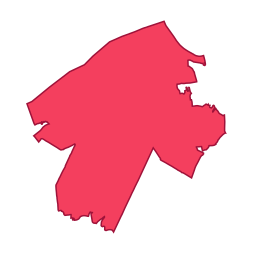 Milcov, Olt, Romania (Natural Earth projection), rotated 83°
{"feature_id": "2599482B38405500172940", "entity_name": "Milcov", "entity_type": "district", "adm_level": 2, "iso_a3": "ROU", "parent_name": "Romania", "parent_adm1": "Olt", "projection": "natural_earth1", "projection_center": [24.399, 44.373], "detail": "fine", "context": "isolated", "style": "filled", "palette": "rose", "viewbox_px": 256, "rotation_deg": 83, "n_neighbors": 0, "source": "geoboundaries", "source_scale": "gbopen_adm2", "svg_char_len": 5636}
<svg xmlns="http://www.w3.org/2000/svg" viewBox="0 0 256 256"><g transform="rotate(83 128 128)"><path d="M91.6,225.3L112.1,220.7L113.6,220.0L112.7,217.6L112.6,215.9L112.3,215.0L112.2,214.6L112.5,214.0L113.0,213.7L113.7,213.2L113.8,213.0L113.7,212.7L113.4,212.6L111.7,213.2L111.4,213.0L111.3,212.7L112.5,211.9L112.1,210.8L111.6,211.0L111.4,210.7L111.9,209.9L111.7,209.6L111.4,209.3L111.4,209.0L112.1,208.3L112.1,208.0L111.9,207.7L114.3,205.9L114.9,208.4L115.4,209.8L116.1,211.0L116.9,212.3L119.0,214.3L120.0,215.5L122.8,220.1L124.3,222.5L125.0,221.9L131.0,218.3L130.3,217.7L129.8,217.0L129.2,216.4L128.1,215.5L128.1,214.5L128.4,214.0L129.4,212.6L130.6,211.3L132.7,208.4L134.9,205.7L136.1,204.2L139.0,200.5L140.1,199.3L141.4,197.6L141.6,197.2L141.5,196.0L141.5,195.6L141.5,194.6L141.4,194.3L141.3,194.2L140.8,193.9L140.7,193.2L140.6,192.7L140.1,191.0L140.0,190.2L139.8,189.5L138.5,185.7L137.4,183.0L137.6,182.6L137.9,182.5L138.2,182.6L139.0,182.9L139.4,183.1L140.0,183.6L142.9,185.4L145.2,186.8L145.7,187.0L146.2,187.3L148.4,189.1L149.2,189.4L149.8,189.8L151.7,191.0L157.4,194.5L157.9,194.8L158.7,195.0L159.2,195.3L160.4,196.2L162.0,197.4L164.8,199.3L168.0,201.3L169.8,202.6L171.9,203.8L175.8,206.4L176.3,206.5L176.8,206.6L179.8,206.8L184.0,206.9L185.8,207.0L186.7,207.0L187.8,206.9L189.2,207.0L192.7,207.0L195.1,206.9L196.2,207.0L199.3,207.2L200.6,207.3L201.2,207.2L201.8,207.0L201.7,205.5L201.6,204.7L201.7,204.4L201.9,204.3L202.6,204.0L202.6,203.8L202.6,203.6L203.0,203.1L203.5,202.6L204.3,202.3L204.8,202.0L205.2,202.2L206.1,202.0L206.8,201.4L207.0,201.2L207.0,200.9L207.0,199.1L207.1,197.2L206.9,195.9L207.0,195.1L209.8,195.5L210.4,195.7L210.5,194.3L212.4,194.1L212.6,194.0L212.6,193.4L211.0,193.6L210.9,193.1L210.9,192.9L211.2,192.7L211.5,192.6L213.0,192.3L213.0,190.7L212.9,189.8L212.5,188.7L212.2,187.9L210.3,186.2L210.0,185.6L209.7,184.5L209.6,183.4L209.6,182.3L210.1,180.2L210.5,179.2L210.7,178.6L210.8,178.1L210.6,177.9L209.5,177.5L208.3,177.0L207.1,176.1L206.8,175.8L206.8,175.7L207.2,175.2L207.5,173.8L207.6,173.7L207.7,173.8L208.0,174.2L208.3,175.0L208.7,175.2L210.9,175.1L214.3,174.9L215.4,174.9L216.6,174.8L217.0,174.7L217.6,174.3L218.0,173.9L218.3,173.3L218.5,171.8L218.7,171.6L218.9,171.2L218.5,170.7L217.8,170.0L217.3,169.5L216.4,168.1L216.1,167.5L215.6,166.8L215.4,166.6L215.3,166.2L214.9,165.3L214.7,164.8L213.6,163.3L213.1,162.2L213.6,162.2L213.9,162.4L215.4,163.9L216.5,164.8L217.3,165.4L218.0,165.8L219.3,166.1L220.2,166.3L221.3,166.5L221.7,166.5L222.1,166.2L222.4,166.0L222.7,165.5L222.8,165.3L222.8,165.1L222.6,164.5L222.6,164.1L222.7,163.7L223.0,163.3L223.5,163.2L223.8,163.2L225.9,163.5L226.2,163.5L226.3,163.4L226.8,163.0L226.9,162.7L227.0,162.3L227.0,161.8L226.7,160.6L226.6,159.4L226.7,158.2L227.1,156.6L227.2,156.4L227.5,156.2L228.2,155.7L228.8,155.3L229.5,155.0L214.5,145.5L213.1,144.5L207.1,140.9L199.7,136.2L196.3,134.0L193.0,132.0L190.2,130.1L187.1,128.2L184.4,126.4L183.3,125.7L181.4,124.4L150.8,105.4L154.7,103.3L160.4,100.5L162.2,99.5L163.0,99.7L163.6,99.5L163.9,99.3L166.3,95.9L169.7,91.4L171.6,88.8L172.3,88.0L175.2,84.3L175.9,83.6L176.1,83.3L176.6,82.5L177.2,81.7L177.7,80.9L178.0,80.7L178.7,80.2L179.0,79.6L179.1,78.9L185.3,71.0L178.1,67.4L175.7,66.3L173.8,65.2L169.7,62.3L168.3,61.4L165.4,59.4L164.6,58.6L164.2,58.0L164.0,57.3L163.7,56.9L162.8,56.3L162.8,56.2L162.1,56.1L160.8,58.0L158.4,61.7L157.0,61.9L155.8,62.4L155.1,62.4L155.4,57.3L159.5,56.9L159.8,56.6L159.2,55.0L159.1,54.6L159.1,54.3L159.2,53.2L158.8,52.6L157.9,51.4L156.7,50.3L156.3,50.0L155.4,49.7L155.7,46.9L155.7,45.5L155.5,44.2L155.3,43.8L154.9,42.8L154.4,43.0L153.0,41.4L151.8,40.5L151.3,40.3L151.1,40.1L150.9,40.1L150.7,39.9L149.6,38.6L148.9,38.2L146.4,35.0L145.9,34.3L145.1,32.8L144.8,32.2L144.9,31.8L143.0,32.4L142.8,32.5L139.7,32.1L133.7,31.2L126.8,30.7L126.8,31.0L127.2,31.8L127.3,32.0L127.2,32.5L126.4,33.2L126.1,33.6L125.5,34.6L124.7,35.5L123.9,36.1L123.5,36.2L123.2,36.3L122.1,36.8L121.0,37.6L120.6,38.0L120.2,38.2L119.3,38.4L119.1,38.6L119.2,38.8L119.3,39.0L120.0,39.3L120.6,39.9L120.8,40.2L120.9,40.5L121.5,40.8L121.8,41.1L122.3,41.6L122.4,41.8L122.0,41.9L121.7,41.9L121.4,41.7L120.4,41.0L119.0,39.8L118.3,39.4L116.8,39.6L116.4,39.8L116.1,40.0L115.9,40.3L115.9,40.5L116.0,40.7L116.2,41.0L117.7,42.0L118.2,42.7L117.9,43.6L117.8,43.9L117.6,44.1L117.4,44.3L116.8,44.4L116.6,44.4L116.0,44.1L115.5,43.9L115.2,45.4L114.3,45.5L114.6,45.8L114.7,46.1L114.6,46.3L114.3,46.9L113.9,47.3L113.9,47.5L113.9,47.9L114.1,48.3L114.4,48.6L114.6,49.0L115.0,50.0L115.4,50.6L115.8,51.3L115.9,51.7L115.8,52.0L115.3,53.1L114.8,54.8L114.5,55.7L114.3,56.5L114.2,57.8L114.3,58.8L114.2,61.5L110.0,61.3L107.7,61.6L107.7,62.6L104.0,62.6L102.3,62.0L101.4,60.9L99.6,61.8L95.3,62.3L95.2,62.7L98.1,62.7L98.6,63.4L98.7,64.2L95.0,64.5L94.7,65.1L94.8,65.4L97.4,65.2L98.0,67.1L99.4,67.1L100.2,67.6L100.8,67.9L101.0,68.4L100.9,68.8L100.3,69.4L100.1,70.5L100.3,72.1L100.0,72.2L97.4,72.4L96.2,73.2L95.4,73.8L94.7,74.1L93.2,74.3L91.6,74.2L90.5,73.9L90.6,71.7L90.2,69.6L90.4,68.7L90.5,68.1L90.7,66.8L90.6,64.8L90.9,60.9L90.5,54.2L90.1,54.2L89.9,54.1L82.4,55.3L80.6,55.4L80.5,55.6L77.3,56.8L76.8,57.1L76.0,57.9L74.1,60.0L73.8,60.8L68.2,60.3L68.0,60.1L68.1,58.2L69.7,55.7L70.4,54.9L72.2,48.5L72.8,47.4L73.1,45.8L74.7,45.4L75.3,44.2L74.7,43.5L72.9,43.9L73.1,43.4L70.6,43.5L68.0,43.8L65.3,44.2L65.6,46.3L65.6,47.5L65.5,48.4L65.4,49.1L64.6,51.5L64.0,52.5L63.4,53.4L62.7,54.1L62.2,54.9L59.2,59.0L57.4,61.2L55.8,63.0L53.7,64.9L51.8,66.5L47.4,69.2L42.9,71.4L37.0,74.6L31.0,77.9L26.5,79.2L27.9,86.0L30.9,101.0L33.3,109.5L36.4,122.9L40.3,135.8L52.5,154.2L59.9,163.5L65.0,179.0L77.8,200.8L90.0,220.1L91.6,225.3Z" fill="#f43f5e" stroke="#9f1239" stroke-width="1.5"/></g></svg>